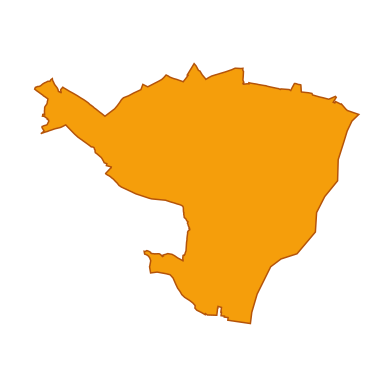 outline of Babeni, Vâlcea, Romania, rotated 3°
{"feature_id": "2599482B7467620418684", "entity_name": "Babeni", "entity_type": "district", "adm_level": 2, "iso_a3": "ROU", "parent_name": "Romania", "parent_adm1": "Vâlcea", "projection": "robinson", "projection_center": [24.207, 44.956], "detail": "fine", "context": "isolated", "style": "filled", "palette": "amber", "viewbox_px": 384, "rotation_deg": 3, "n_neighbors": 0, "source": "geoboundaries", "source_scale": "gbopen_adm2", "svg_char_len": 5653}
<svg xmlns="http://www.w3.org/2000/svg" viewBox="0 0 384 384"><g transform="rotate(3 192 192)"><path d="M234.5,318.2L257.2,320.3L258.0,309.0L262.4,290.5L274.5,262.5L284.4,254.2L300.1,248.2L317.3,225.5L317.5,206.0L324.8,189.6L336.8,173.2L336.3,152.1L341.1,133.7L343.8,122.9L348.0,112.8L354.5,105.8L350.2,104.6L343.3,102.6L342.8,102.4L341.8,101.6L341.2,101.1L336.7,96.4L336.5,96.7L330.7,94.2L330.0,95.6L328.3,95.0L331.1,89.9L330.2,89.0L323.7,92.2L317.9,91.0L314.3,90.4L307.4,88.8L306.6,87.3L303.2,86.8L299.5,86.6L296.1,86.4L295.8,85.6L295.4,81.8L295.1,79.4L294.7,79.2L293.7,79.1L292.9,79.1L290.0,78.3L288.6,78.3L286.3,83.1L285.3,85.5L283.7,84.6L275.4,84.4L275.2,84.8L274.8,85.0L274.5,84.8L274.1,84.7L273.5,84.4L272.9,84.2L271.8,84.1L264.2,82.9L262.0,82.5L261.5,82.4L260.2,82.0L258.7,81.9L252.7,81.2L251.2,80.9L245.5,80.3L243.1,79.9L243.2,81.0L242.1,81.0L240.9,81.1L237.9,81.7L237.5,81.5L237.2,81.0L237.2,80.7L238.0,80.5L238.0,79.8L237.7,79.0L237.0,77.7L237.1,73.7L237.1,68.9L236.3,67.7L236.4,65.8L234.6,66.1L228.6,66.1L225.3,67.8L219.1,70.3L209.0,73.9L205.5,75.2L202.8,76.8L199.9,78.8L199.3,77.9L196.0,74.4L193.6,70.8L192.1,70.2L189.5,65.9L187.4,63.7L181.1,75.4L182.0,75.7L179.9,78.9L177.4,82.4L176.4,82.0L173.6,81.2L171.0,80.4L167.8,79.7L165.9,79.1L163.6,78.3L162.4,77.5L160.0,76.5L157.7,79.4L155.9,81.2L153.6,82.7L142.3,89.3L137.3,87.1L135.6,92.5L128.6,96.2L123.7,99.2L118.6,101.5L116.8,103.4L115.0,106.5L112.9,109.7L110.4,113.0L101.1,120.9L97.7,118.4L95.7,117.1L91.0,113.7L90.4,113.5L88.7,112.0L87.6,111.3L87.0,110.8L85.9,110.3L83.7,108.4L80.9,106.6L79.1,105.5L75.7,103.7L72.4,101.8L68.3,99.7L64.5,97.9L60.8,95.9L58.6,94.8L57.5,94.1L55.7,96.4L55.5,96.9L55.5,97.2L55.9,98.5L56.0,99.0L56.1,99.5L55.3,99.5L54.9,99.3L54.4,98.9L54.2,98.7L53.6,98.7L53.3,98.4L53.1,98.0L53.0,97.2L52.6,96.3L52.2,95.5L51.6,94.7L49.9,92.7L49.2,91.9L48.7,91.0L47.9,89.4L47.1,88.1L46.8,87.3L46.6,86.1L45.2,87.2L44.3,88.9L42.3,89.0L41.8,89.2L40.8,89.9L39.1,90.7L37.9,91.5L37.2,92.0L35.3,93.8L34.6,94.2L33.6,94.6L32.6,94.7L32.1,94.8L31.5,95.1L30.7,95.6L30.2,95.6L29.9,96.2L29.5,97.5L31.7,99.1L33.8,100.4L35.3,101.4L38.1,103.2L38.3,103.5L38.7,103.8L40.0,104.5L42.2,105.9L43.2,106.5L43.2,107.0L43.1,108.0L42.8,109.1L42.8,109.9L42.8,110.3L42.5,111.5L42.3,112.0L42.2,112.1L41.7,112.9L41.4,113.3L40.6,114.7L40.4,115.8L40.5,116.9L40.4,118.6L40.5,120.2L40.8,122.5L39.7,122.3L39.5,122.2L39.3,122.1L39.2,122.2L38.9,122.4L38.9,123.1L38.7,124.1L40.0,124.2L40.5,124.2L41.8,125.1L43.2,125.9L43.9,126.4L43.6,126.8L45.1,127.9L45.2,129.2L44.7,130.1L43.9,132.1L43.4,132.6L43.2,132.7L42.9,132.8L42.4,133.0L41.4,133.3L40.8,133.5L39.3,134.3L38.9,134.4L38.8,134.7L38.8,135.3L38.9,135.6L39.5,136.5L39.9,137.1L41.0,138.6L40.7,139.1L40.0,140.0L39.5,140.4L39.1,140.8L38.9,140.9L38.0,141.7L38.7,141.3L39.1,141.1L40.7,140.5L41.6,140.1L42.6,139.7L44.5,139.1L46.1,138.3L47.5,137.8L51.7,136.1L57.4,134.4L58.9,133.6L62.4,131.6L64.8,133.9L71.7,140.3L75.4,143.3L84.0,148.8L87.5,151.1L89.0,152.2L90.4,152.2L91.6,152.7L91.8,152.8L92.0,153.1L92.1,153.3L92.2,153.8L92.3,154.2L92.5,154.6L92.7,154.8L92.9,155.0L93.0,155.2L93.1,155.4L93.0,155.7L93.0,156.2L93.3,157.4L93.4,157.8L94.6,158.5L97.5,160.7L99.0,161.9L99.5,162.2L100.9,164.1L101.2,164.7L101.9,165.7L102.8,167.4L105.5,168.2L105.1,170.1L110.1,171.2L110.0,172.1L109.6,172.3L108.4,173.7L105.1,177.6L104.9,177.9L104.8,178.0L104.9,178.3L105.0,178.4L106.6,179.4L108.4,180.2L109.0,180.6L109.6,180.9L111.2,182.2L112.6,183.1L113.4,183.8L114.3,184.8L114.9,185.2L115.2,185.6L116.6,186.8L118.9,189.4L119.4,189.6L121.1,190.7L121.6,190.9L136.1,196.8L149.7,200.5L152.2,201.0L166.2,201.6L167.0,201.9L171.4,203.1L174.6,203.8L177.4,204.6L180.5,205.3L181.2,205.5L182.3,206.0L182.6,206.1L183.5,206.7L184.0,207.6L184.2,208.6L184.3,209.4L184.3,210.1L184.6,212.6L184.9,213.0L184.9,213.3L185.0,213.4L184.9,214.4L184.9,214.6L185.3,216.1L185.6,217.9L185.8,218.1L186.6,218.6L186.8,218.7L187.0,219.0L187.4,219.4L187.5,219.5L188.0,220.5L188.5,221.1L188.9,221.6L189.2,221.8L189.6,222.1L189.1,223.0L189.1,223.3L189.1,223.6L189.2,223.8L189.6,224.3L189.8,224.6L190.0,225.8L190.2,226.2L190.5,226.7L191.0,227.4L191.3,227.9L191.3,228.1L191.4,228.4L190.9,228.3L190.9,228.5L191.1,228.9L191.5,229.3L191.7,229.6L191.6,229.9L191.6,230.0L191.3,230.1L190.9,230.4L190.6,230.6L190.2,231.2L190.0,231.6L189.7,232.3L189.7,232.7L189.8,233.4L189.6,235.7L189.5,236.9L189.4,239.0L189.5,239.9L189.2,242.3L189.1,251.1L188.8,251.9L188.3,253.6L188.2,254.2L188.1,254.8L187.7,255.3L187.6,255.6L187.1,255.4L186.8,255.5L186.6,255.6L186.4,255.8L186.3,258.0L186.2,258.4L186.4,259.5L186.5,260.0L186.7,260.3L186.7,260.8L186.6,261.2L184.0,259.9L181.0,258.5L178.0,256.6L175.3,255.3L171.3,254.8L170.8,254.8L170.2,255.1L169.2,255.6L168.6,255.7L166.2,256.6L165.9,256.9L165.9,257.2L166.0,257.3L166.5,257.4L166.6,257.5L165.8,258.0L165.3,257.4L164.1,256.3L163.7,256.0L162.9,255.6L162.4,255.4L161.6,255.4L159.6,255.6L158.3,255.7L157.9,255.8L157.7,255.7L156.6,255.6L155.6,255.6L154.7,255.5L154.0,255.1L154.0,254.7L153.9,254.5L153.4,254.2L152.7,253.8L151.5,253.3L150.1,252.9L149.8,252.9L149.6,253.0L148.7,253.7L148.3,253.8L147.9,253.8L147.3,253.7L147.8,255.9L148.0,256.5L148.4,256.5L148.9,256.7L150.8,257.5L151.6,258.1L151.9,258.4L152.8,259.4L153.3,260.1L154.4,262.8L153.7,268.2L153.5,268.8L154.9,275.0L161.4,273.8L170.6,275.0L174.5,275.8L177.6,278.9L180.6,284.9L182.7,288.8L185.2,291.9L187.2,295.0L190.2,297.6L195.4,300.5L198.7,302.8L201.1,305.3L201.0,307.8L203.0,309.8L207.4,311.7L211.6,313.8L211.8,312.8L213.8,314.0L223.2,313.8L223.5,309.6L223.6,306.7L223.9,306.7L224.0,304.9L227.5,305.7L227.1,310.5L227.7,310.6L227.5,314.0L230.9,314.3L230.8,315.2L234.6,315.5L234.5,318.2Z" fill="#f59e0b" stroke="#b45309" stroke-width="1.5"/></g></svg>